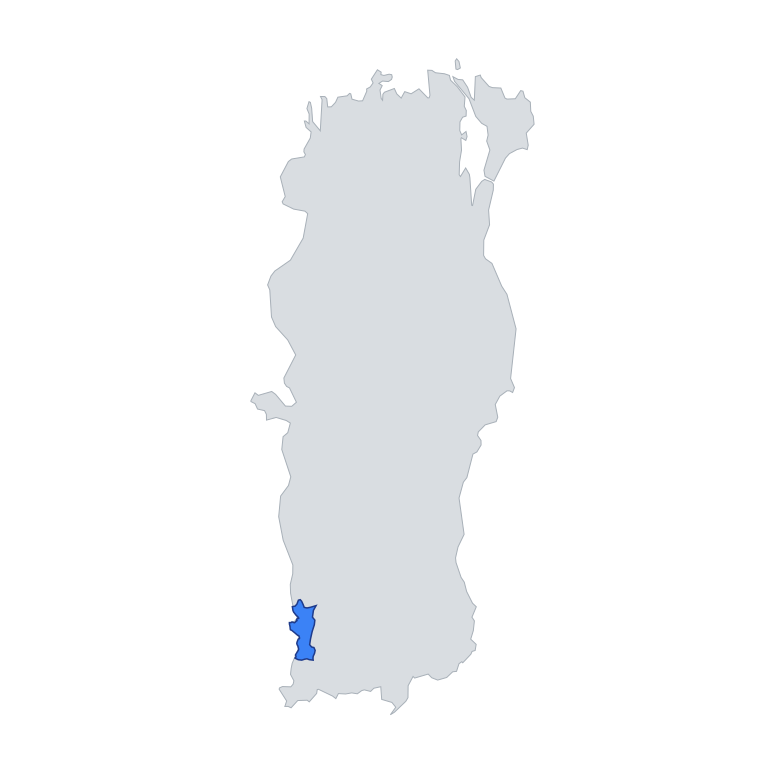 Turkey, with Sirnak highlighted, rotated 94°
{"feature_id": "TUR-3044", "entity_name": "Sirnak", "entity_type": "Province", "adm_level": 1, "iso_a3": "TUR", "parent_name": "Turkey", "parent_adm1": "", "projection": "robinson", "projection_center": [42.613, 37.438], "detail": "fine", "context": "in_parent", "style": "filled", "palette": "blue", "viewbox_px": 768, "rotation_deg": 94, "n_neighbors": 0, "source": "natural_earth", "source_scale": "10m", "svg_char_len": 4893}
<svg xmlns="http://www.w3.org/2000/svg" viewBox="0 0 768 768"><g transform="rotate(94 384 384)"><path d="M599.8,276.4L610.5,280.0L614.0,277.3L623.8,277.7L632.5,279.7L637.3,273.9L643.5,274.5L644.6,277.5L647.5,278.5L656.6,286.0L655.6,287.0L657.8,289.7L665.6,291.6L666.3,295.4L672.4,301.0L675.6,309.8L673.7,315.9L670.3,319.7L675.2,332.9L673.7,334.6L683.3,338.9L695.2,338.2L699.0,340.1L710.6,350.6L713.5,354.6L705.6,349.7L701.1,353.9L698.8,364.3L686.2,366.1L688.2,372.9L691.6,375.9L690.5,382.3L691.4,384.8L694.9,389.0L694.4,394.7L695.9,400.7L696.0,407.9L701.2,410.1L698.9,413.5L693.1,428.1L693.5,429.3L697.4,429.6L706.3,436.4L704.8,438.6L705.8,448.0L713.5,454.1L712.3,457.2L712.6,460.4L707.0,459.0L695.8,467.3L694.5,467.1L692.9,464.2L692.6,455.8L689.8,453.7L686.3,453.2L680.2,457.0L674.6,456.8L669.0,456.1L654.2,450.9L648.8,452.7L643.1,450.7L632.0,461.0L628.6,461.8L627.0,456.7L623.2,453.8L618.2,457.7L599.2,462.6L590.4,463.5L579.8,461.8L570.9,462.3L546.8,473.7L523.7,479.8L503.0,479.3L491.9,472.2L483.1,470.5L456.5,481.4L443.6,481.0L439.3,476.6L429.5,474.7L427.2,479.0L424.9,489.3L428.2,498.7L422.5,499.2L418.9,501.3L417.8,508.4L412.6,511.2L410.8,515.5L409.9,515.6L401.8,512.1L404.1,508.6L399.3,495.5L401.9,491.4L412.9,480.8L412.7,474.5L408.3,470.1L394.5,478.0L393.2,481.0L390.1,483.4L385.0,484.3L361.2,474.1L346.8,483.1L334.3,496.1L325.0,500.9L298.1,504.5L293.3,507.0L284.2,504.3L278.9,500.8L267.0,486.0L244.1,474.8L219.4,472.0L217.1,474.9L215.8,486.4L211.4,497.2L209.3,498.3L203.9,495.6L184.6,501.9L168.7,494.9L166.0,491.8L163.0,479.3L160.6,478.4L158.0,480.1L155.2,480.1L143.8,474.7L137.6,474.3L133.5,479.6L127.2,481.8L127.1,480.3L129.7,476.9L119.9,477.5L114.6,480.1L107.6,478.5L108.2,477.1L114.0,475.4L127.2,473.5L135.9,465.2L104.7,465.6L101.6,467.4L101.4,463.0L103.3,461.0L111.5,459.5L111.2,455.9L106.4,452.0L101.1,450.0L99.1,440.9L96.5,438.6L96.9,437.4L102.1,435.8L103.5,429.2L103.0,425.1L93.1,421.6L90.9,421.9L88.6,418.4L84.4,415.9L80.8,417.9L71.0,412.5L73.1,408.6L75.6,408.7L76.2,405.6L74.6,400.5L74.9,397.9L77.2,397.2L79.6,397.7L82.0,400.7L81.9,406.6L84.5,410.1L86.5,406.6L91.0,408.5L99.4,406.7L101.1,405.2L95.0,405.3L92.9,403.9L88.5,394.3L93.7,391.5L97.6,386.8L90.9,383.7L92.6,377.2L87.1,369.7L95.6,360.2L95.3,358.9L92.8,358.3L67.9,362.3L67.8,358.1L69.9,354.4L70.3,345.3L71.6,340.3L76.3,338.8L82.4,331.6L92.0,323.2L101.4,323.3L105.4,321.0L111.0,320.8L112.4,324.2L117.2,326.5L125.9,326.1L130.1,323.9L126.4,319.8L131.4,318.4L135.3,319.4L132.9,324.0L134.0,324.4L145.3,323.0L157.0,324.1L170.0,323.6L171.7,322.2L162.8,317.6L168.9,313.5L172.3,312.7L199.6,309.0L199.8,308.1L183.3,306.0L175.1,300.7L172.9,297.8L175.0,290.7L177.0,288.8L182.9,288.5L203.2,291.8L217.8,289.8L233.5,294.5L248.8,293.6L252.0,291.5L256.2,284.7L278.2,273.4L286.0,267.6L319.8,256.1L369.7,258.1L378.5,253.6L383.5,255.1L382.1,258.1L382.2,260.8L388.0,267.6L396.7,271.6L409.2,268.2L413.7,269.5L417.7,280.2L425.2,286.6L428.8,287.1L433.6,283.3L438.1,282.9L445.3,286.6L447.7,290.4L471.6,294.8L476.4,298.0L492.5,301.2L528.4,293.6L541.4,298.8L552.4,300.5L557.1,299.7L571.6,293.6L576.1,290.1L585.2,287.1L596.5,280.4L599.8,276.4ZM140.2,257.5L139.0,262.3L140.8,267.6L145.4,274.9L150.2,278.6L173.9,288.5L169.8,297.7L163.7,299.2L143.2,294.7L134.5,298.5L128.5,297.5L119.8,299.2L117.1,304.8L110.7,311.1L93.5,319.1L77.2,334.7L72.6,336.7L75.0,331.4L75.1,326.7L82.2,321.3L91.9,317.1L94.6,313.7L71.0,314.3L69.1,309.5L71.5,308.5L79.8,300.0L80.8,296.5L80.6,288.1L90.3,283.3L91.2,281.3L90.3,272.9L81.8,268.1L82.2,265.8L88.6,263.5L92.6,257.7L101.8,256.6L106.4,253.8L114.4,252.4L123.8,259.6L135.7,256.8L140.2,257.5ZM64.8,334.2L56.8,335.5L54.5,334.2L57.1,331.7L63.4,329.9L65.2,332.5L64.8,334.2Z" fill="#d9dde1" stroke="#a8b0b8" stroke-width="1"/><path d="M648.8,452.9L647.4,452.7L644.5,451.8L644.2,451.5L644.1,450.8L643.8,450.6L643.3,450.5L643.0,450.6L641.3,451.2L641.1,451.4L640.9,451.7L640.8,452.0L640.7,452.3L640.6,452.7L636.2,458.8L635.8,460.0L635.7,460.2L635.1,460.4L632.1,460.9L630.1,461.6L628.6,461.7L628.6,460.5L628.5,460.0L628.2,459.7L627.8,459.2L628.4,456.8L628.2,456.3L628.0,456.1L626.8,455.2L626.6,455.0L626.5,454.6L626.3,454.4L626.1,454.3L625.9,454.5L625.6,454.7L625.4,454.8L624.4,454.3L623.9,454.2L623.9,453.6L623.9,453.1L623.5,452.7L622.9,453.2L622.4,453.5L620.6,455.7L618.0,458.1L616.4,459.0L612.5,459.9L611.8,457.2L609.6,455.5L605.6,454.3L605.0,452.5L606.5,451.0L609.8,449.2L612.4,448.0L612.8,445.2L611.8,441.6L609.8,436.3L614.7,438.6L621.6,439.1L624.4,436.5L629.0,436.7L636.0,438.4L643.3,439.5L649.2,440.0L651.4,437.9L651.8,435.5L654.5,434.1L657.5,434.5L660.2,435.5L661.1,435.7L662.7,435.7L664.4,435.4L664.2,439.3L663.5,441.7L664.1,444.0L665.2,446.8L665.0,450.4L664.1,452.7L663.6,453.6L662.7,452.9L662.3,452.8L661.6,452.9L661.3,453.0L661.0,453.3L660.7,453.4L660.4,453.4L660.2,453.3L655.6,450.9L655.0,450.7L653.9,450.8L652.5,451.2L651.2,451.7L650.3,452.4L648.8,452.9Z" fill="#3b82f6" stroke="#1e3a8a" stroke-width="1.5"/></g></svg>